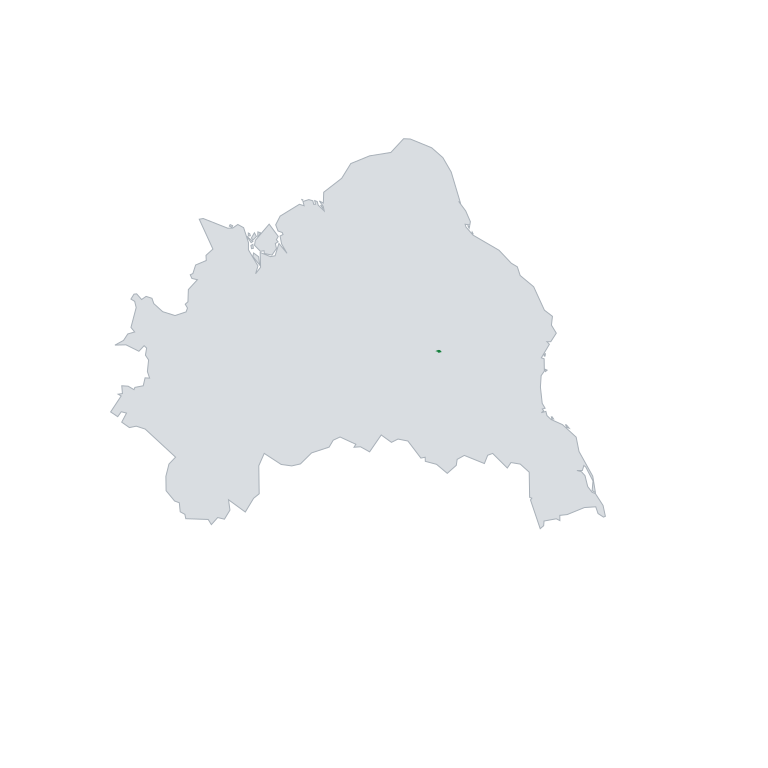 Nova Veneza, Goiás, Brazil (highlighted), rotated 304°
{"feature_id": "56859067B10589714904622", "entity_name": "Nova Veneza", "entity_type": "district", "adm_level": 2, "iso_a3": "BRA", "parent_name": "Brazil", "parent_adm1": "Goiás", "projection": "natural_earth1", "projection_center": [-49.299, -16.355], "detail": "fine", "context": "in_parent", "style": "filled", "palette": "green", "viewbox_px": 768, "rotation_deg": 304, "n_neighbors": 0, "source": "geoboundaries", "source_scale": "gbopen_adm2", "svg_char_len": 4221}
<svg xmlns="http://www.w3.org/2000/svg" viewBox="0 0 768 768"><g transform="rotate(304 384 384)"><path d="M241.9,179.4L247.9,185.4L255.5,182.5L257.8,186.4L262.0,180.9L272.3,175.4L274.5,170.1L281.1,167.1L281.6,163.7L274.1,162.5L272.2,148.2L265.8,139.2L274.5,143.7L282.2,143.6L287.7,148.2L289.4,142.6L308.8,135.8L313.1,131.1L312.9,126.7L318.7,126.5L320.4,128.5L318.5,135.8L323.6,137.8L325.3,143.7L321.9,148.2L320.2,160.1L323.9,172.5L333.1,179.6L337.1,178.6L339.0,174.6L342.5,175.5L352.9,169.0L366.1,171.0L364.1,165.7L366.2,162.3L368.7,163.8L377.3,161.3L387.0,167.6L391.1,164.5L400.2,166.7L417.3,138.7L420.1,141.6L425.8,167.4L428.7,171.4L434.5,173.6L435.1,180.2L425.4,192.6L419.4,196.6L411.4,213.5L403.6,215.9L411.8,216.4L423.8,207.8L426.1,218.7L429.4,222.0L441.8,218.3L438.1,230.5L442.9,220.7L448.6,215.1L451.5,216.7L452.7,215.0L451.6,210.6L455.4,205.2L465.1,204.0L485.7,213.4L487.1,218.1L490.0,214.8L494.8,218.5L496.1,222.5L493.6,225.3L494.7,226.7L497.3,224.0L497.9,226.6L495.5,229.4L494.0,237.7L497.3,234.3L499.6,228.0L500.1,232.5L509.3,226.8L530.9,233.9L548.2,233.2L565.1,244.5L579.8,260.2L598.3,263.1L601.8,268.8L606.5,291.5L604.6,306.2L597.3,321.2L577.1,345.8L577.1,343.8L573.2,354.9L566.9,364.8L563.9,366.2L561.8,361.9L560.0,364.1L557.2,374.6L559.2,404.6L555.3,422.0L555.7,429.0L550.1,436.2L548.3,453.7L534.9,475.7L534.3,485.8L526.4,489.9L522.5,498.4L512.3,498.6L510.2,495.4L509.4,498.9L493.7,499.8L494.4,502.7L484.4,509.7L478.8,509.6L468.9,515.4L456.4,526.0L454.0,531.1L451.8,529.2L451.0,531.4L448.2,530.5L451.8,533.5L448.9,536.8L448.0,542.4L450.1,554.7L447.4,573.0L437.1,583.4L424.3,608.6L412.3,619.9L412.0,616.2L420.5,611.5L428.0,597.7L428.2,595.3L423.2,596.8L420.2,592.3L421.7,596.7L420.4,601.9L412.9,610.2L410.6,616.9L411.3,620.6L405.8,633.5L398.1,641.5L396.4,640.4L396.3,633.9L400.6,628.2L393.6,619.2L378.2,608.9L373.4,603.2L369.1,606.2L368.6,602.2L359.9,593.3L355.8,595.6L351.4,594.4L369.8,570.3L372.0,570.4L371.5,568.1L392.1,553.7L393.8,541.8L389.9,533.2L383.3,533.2L387.2,512.9L382.9,509.8L374.2,511.7L369.7,490.5L362.4,486.8L357.0,489.4L345.3,486.4L346.8,472.5L343.0,461.5L346.3,459.1L343.2,456.0L350.1,435.7L346.2,426.4L339.8,422.8L340.2,410.2L319.7,410.0L318.8,399.6L314.8,394.5L318.3,394.4L315.5,377.2L309.0,373.3L301.0,373.8L286.4,362.5L271.0,359.4L264.5,353.3L259.8,343.7L259.5,323.5L246.2,325.9L223.2,341.9L216.3,339.8L200.3,340.6L201.1,319.8L193.3,326.8L182.7,327.3L180.3,320.8L170.9,319.5L173.4,314.0L161.5,295.0L164.6,291.8L164.1,286.5L171.1,280.7L169.9,275.8L173.7,263.0L185.5,254.8L197.4,250.5L206.8,252.1L213.1,211.2L210.5,202.2L205.5,197.3L205.7,187.9L215.9,186.8L214.1,181.7L208.0,181.5L208.0,173.0L227.1,172.8L226.9,169.3L229.8,172.5L235.9,167.6L239.1,173.1L239.5,179.9L241.9,179.4ZM431.1,197.0L452.3,199.4L447.2,213.8L443.4,214.1L442.7,216.6L439.6,215.4L436.2,219.1L428.2,219.0L425.3,211.8L427.4,210.0L424.9,207.4L426.6,199.1L431.1,197.0ZM413.1,214.4L416.4,204.0L419.7,202.6L419.4,208.9L413.1,214.4ZM436.9,192.0L434.9,195.8L430.1,194.9L430.9,192.4L436.9,192.0ZM429.7,187.7L428.9,195.6L426.9,194.8L429.7,187.7ZM440.3,197.0L437.3,197.4L435.9,196.7L439.6,194.4L440.3,197.0ZM426.5,197.2L423.4,199.8L422.1,198.5L424.4,196.2L426.5,197.2ZM432.2,190.3L430.8,188.7L433.3,187.1L433.5,188.6L432.2,190.3ZM430.6,170.0L428.8,170.3L428.4,167.5L430.1,167.3L430.6,170.0ZM450.9,562.3L450.2,559.7L451.7,557.4L452.1,558.1L450.9,562.3ZM486.2,508.7L486.7,511.5L484.6,510.9L486.2,508.7ZM449.8,544.2L448.9,542.7L450.3,541.1L450.8,541.7L449.8,544.2ZM496.8,232.5L495.4,235.5L496.8,231.3L496.8,232.5ZM562.8,366.7L560.7,367.5L562.0,365.2L562.8,366.7ZM499.3,500.9L497.2,501.9L496.7,501.3L498.1,500.0L499.3,500.9ZM559.3,372.1L558.4,373.7L558.0,372.7L559.3,372.1ZM491.1,212.2L491.2,213.8L490.6,213.6L491.1,212.2Z" fill="#d9dde1" stroke="#a8b0b8" stroke-width="1"/><path d="M442.0,412.2L442.0,411.9L442.2,411.7L442.3,411.7L442.4,411.8L442.4,411.7L442.4,411.4L442.4,411.2L442.5,411.2L442.4,411.0L442.4,410.9L442.5,410.8L442.7,410.7L442.2,410.7L441.9,410.6L441.7,410.5L441.7,410.4L441.7,410.2L441.4,410.0L441.5,410.3L441.5,410.5L441.4,410.5L441.3,410.8L441.2,410.9L441.2,411.3L441.2,411.5L441.3,411.5L441.5,411.6L441.5,411.8L441.7,412.0L441.8,412.0L442.0,412.2Z" fill="#22c55e" stroke="#15803d" stroke-width="1.5"/></g></svg>